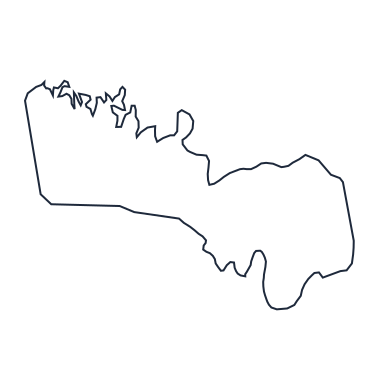 the district of Bagan Datuk, Perak, Malaysia, rotated 173°
{"feature_id": "92858781B98858814885559", "entity_name": "Bagan Datuk", "entity_type": "district", "adm_level": 2, "iso_a3": "MYS", "parent_name": "Malaysia", "parent_adm1": "Perak", "projection": "equal_earth", "projection_center": [100.991, 3.877], "detail": "fine", "context": "isolated", "style": "outline", "palette": "slate", "viewbox_px": 384, "rotation_deg": 173, "n_neighbors": 0, "source": "geoboundaries", "source_scale": "gbopen_adm2", "svg_char_len": 2589}
<svg xmlns="http://www.w3.org/2000/svg" viewBox="0 0 384 384"><g transform="rotate(173 192 192)"><path d="M111.7,64.8L104.2,67.4L101.3,70.9L96.7,75.7L94.7,81.4L91.5,86.7L87.2,91.5L83.3,94.6L80.4,96.7L78.4,96.7L75.8,96.7L72.6,91.1L54.3,95.4L48.1,95.4L42.0,101.6L39.7,110.3L38.4,116.9L37.4,123.9L41.0,183.4L43.6,187.8L52.0,192.2L62.5,208.0L74.9,215.0L81.4,211.5L88.5,208.8L93.1,206.2L97.7,205.8L100.3,205.8L108.1,210.2L114.9,211.9L119.8,211.9L125.0,209.3L130.6,207.5L134.8,208.0L138.1,208.8L141.6,208.8L152.1,206.2L158.6,203.1L163.5,200.1L169.0,197.5L173.9,197.0L174.6,201.8L174.2,208.0L172.6,214.5L171.3,220.7L173.3,226.4L176.5,227.2L183.0,228.5L189.2,232.1L191.5,233.8L195.4,240.4L195.1,244.8L191.2,246.9L186.9,250.4L183.7,254.8L182.1,262.3L185.0,269.3L192.2,274.5L196.4,272.3L197.7,264.0L199.3,254.0L202.9,250.4L206.8,250.9L214.0,249.1L220.5,246.1L221.8,251.8L221.2,257.9L220.5,261.8L228.3,261.4L235.5,257.5L240.1,253.1L240.1,257.0L237.1,262.3L236.5,268.8L238.7,273.7L237.8,280.2L238.4,284.6L241.4,285.0L243.6,278.5L248.5,276.7L250.8,272.8L254.4,265.3L259.3,265.8L257.3,271.9L256.7,276.7L260.9,280.7L261.6,287.2L259.0,287.2L251.1,282.0L248.5,281.5L248.9,286.8L250.2,290.7L246.9,296.4L245.9,301.7L248.2,304.8L250.8,302.6L252.4,297.8L257.0,295.6L259.9,292.1L262.2,296.9L265.5,300.4L265.8,293.8L268.4,291.6L271.3,297.3L275.2,297.3L275.6,292.1L277.9,285.9L281.1,279.8L281.8,281.5L282.7,286.8L286.3,289.4L286.7,292.1L281.4,296.0L281.8,299.5L285.7,301.3L292.2,303.4L290.2,294.7L291.9,291.6L293.5,295.6L295.1,301.3L297.1,305.2L298.1,294.2L298.4,288.6L300.7,294.2L300.3,299.1L302.0,303.0L304.6,304.8L309.1,303.0L313.0,303.0L310.4,307.0L307.8,311.8L305.6,312.6L301.0,311.3L302.0,316.1L305.2,317.9L309.5,313.5L312.4,311.3L316.3,312.6L317.3,310.0L318.3,304.8L320.5,311.3L322.8,312.6L324.1,312.6L325.8,315.7L325.1,319.2L328.4,316.6L333.9,315.3L343.0,310.0L346.6,303.0L343.0,219.8L342.5,208.2L333.2,197.0L265.5,186.9L251.8,179.1L208.1,167.2L203.9,162.4L198.0,157.6L194.1,153.7L190.5,149.7L186.9,146.7L184.0,142.3L184.7,139.7L186.9,137.5L187.9,133.5L185.0,130.9L181.7,129.1L179.1,126.1L177.5,122.6L177.2,118.2L175.2,114.3L172.9,110.3L170.3,110.3L166.4,115.1L164.5,116.4L162.5,117.8L158.9,116.9L158.9,111.6L157.9,108.1L156.6,105.5L154.0,103.3L149.4,101.8L149.2,103.9L147.3,106.1L142.7,112.3L141.7,115.9L139.8,119.8L137.7,123.8L135.6,125.7L131.4,125.4L130.0,124.0L128.7,121.2L127.7,117.9L127.1,114.0L128.3,108.6L130.6,101.3L131.2,98.0L132.3,94.1L132.7,89.6L132.7,84.5L132.1,80.6L131.2,76.4L130.6,73.9L129.4,70.8L127.3,67.7L122.1,65.2L111.7,64.8Z" fill="none" stroke="#1e293b" stroke-width="2"/></g></svg>